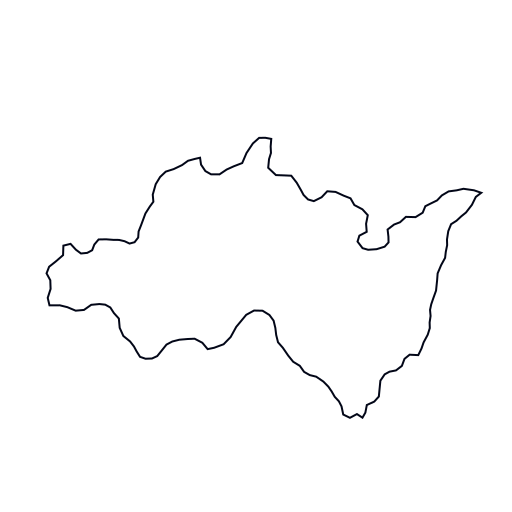 the district of Conceição dos Ouros, Minas Gerais, Brazil, rotated 19°
{"feature_id": "56859067B29427208772050", "entity_name": "Conceição dos Ouros", "entity_type": "district", "adm_level": 2, "iso_a3": "BRA", "parent_name": "Brazil", "parent_adm1": "Minas Gerais", "projection": "orthographic", "projection_center": [-45.772, -22.442], "detail": "fine", "context": "isolated", "style": "outline", "palette": "ink", "viewbox_px": 512, "rotation_deg": 19, "n_neighbors": 0, "source": "geoboundaries", "source_scale": "gbopen_adm2", "svg_char_len": 2416}
<svg xmlns="http://www.w3.org/2000/svg" viewBox="0 0 512 512"><g transform="rotate(19 256 256)"><path d="M448.4,122.9L440.7,122.9L430.3,124.9L424.3,128.6L417.1,132.2L412.0,138.2L409.1,144.5L403.7,149.9L399.9,153.8L399.5,160.8L394.2,167.3L385.0,170.2L381.2,177.2L376.3,181.3L371.8,188.1L374.9,194.6L376.9,200.0L374.6,205.3L367.8,210.3L360.0,213.6L354.2,213.9L347.3,209.3L347.1,203.1L352.8,197.1L349.6,189.7L348.4,181.0L341.4,177.2L332.4,175.8L326.6,170.7L319.2,170.4L310.4,169.5L302.3,171.6L298.9,179.1L292.8,185.3L286.8,185.6L281.1,182.8L277.1,179.1L270.7,173.5L263.2,168.6L257.1,170.4L248.5,173.0L238.8,168.6L236.8,160.2L236.6,153.7L234.2,147.7L232.3,140.3L226.3,141.2L220.5,143.3L216.4,150.6L213.5,161.7L212.7,172.6L205.8,178.4L200.1,183.8L194.9,190.7L186.9,193.4L180.5,192.2L174.3,187.5L171.1,181.3L166.6,184.1L160.7,188.1L156.5,194.1L149.9,200.6L143.2,205.6L139.6,212.5L137.8,220.7L138.4,231.6L141.3,238.1L139.5,243.8L137.6,251.8L137.3,264.6L137.0,271.0L138.6,276.9L136.7,282.5L132.4,285.4L126.9,284.8L121.2,285.4L115.8,287.2L108.9,289.0L101.8,291.6L99.4,297.8L99.2,303.9L95.4,308.0L89.7,310.6L83.7,308.7L76.7,304.9L70.5,308.9L73.3,318.0L68.5,326.3L63.9,333.5L63.6,340.6L69.4,345.9L72.5,354.0L72.7,363.4L76.8,369.9L86.5,366.5L94.3,365.8L103.3,366.4L110.9,363.0L116.1,355.8L123.6,352.4L129.3,351.1L135.0,352.1L140.2,356.2L146.7,359.8L150.5,368.3L156.6,374.8L164.8,377.8L170.1,381.3L174.1,385.0L179.2,389.1L185.0,389.1L191.0,386.8L195.2,382.8L197.6,376.2L200.2,368.9L204.7,364.1L210.8,360.1L218.5,356.7L224.9,354.2L233.5,355.5L240.6,359.8L246.3,356.4L254.1,350.0L258.4,340.9L260.4,329.4L263.2,322.0L265.9,314.8L271.9,308.2L280.0,305.6L287.9,307.4L293.7,311.4L297.7,317.7L300.8,324.1L304.9,330.4L311.2,334.0L318.9,339.7L325.6,343.9L333.2,345.6L339.2,349.9L345.6,351.1L352.2,350.5L360.6,352.8L367.0,356.0L371.7,359.5L376.3,363.5L381.7,366.4L385.8,370.3L390.1,377.5L397.5,378.4L402.9,372.6L409.3,374.2L410.4,368.5L409.3,360.8L415.2,355.2L417.9,348.9L416.2,341.8L414.2,333.4L416.2,326.0L419.9,321.9L425.6,318.6L429.7,312.4L429.9,304.9L433.4,299.3L441.7,296.9L442.6,289.6L442.6,283.1L444.0,274.5L443.8,267.6L441.8,262.3L440.6,255.9L438.1,250.3L437.4,244.6L437.4,238.1L437.5,230.1L435.2,220.2L433.4,213.3L434.0,204.4L435.4,196.2L434.1,190.3L433.2,183.5L431.2,178.2L429.7,169.9L430.1,162.4L434.1,157.4L437.2,151.6L440.4,146.5L443.5,137.3L444.6,128.6L448.4,122.9Z" fill="none" stroke="#020617" stroke-width="2"/></g></svg>